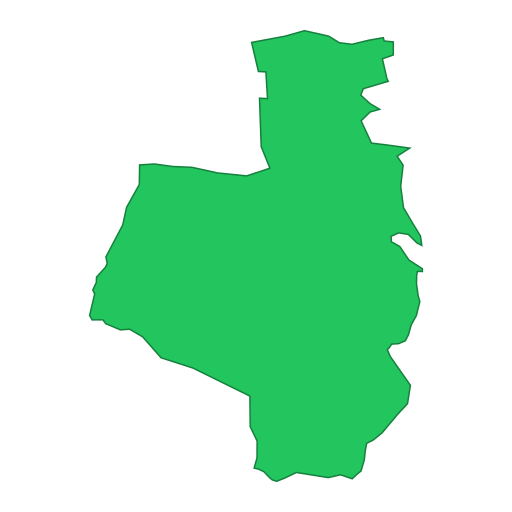 the district of Zaаmin, Jizzakh, Uzbekistan
{"feature_id": "79887680B19323950575966", "entity_name": "Zaаmin", "entity_type": "district", "adm_level": 2, "iso_a3": "UZB", "parent_name": "Uzbekistan", "parent_adm1": "Jizzakh", "projection": "albers", "projection_center": [68.428, 39.88], "detail": "fine", "context": "isolated", "style": "filled", "palette": "green", "viewbox_px": 512, "rotation_deg": 0, "n_neighbors": 0, "source": "geoboundaries", "source_scale": "gbopen_adm2", "svg_char_len": 1449}
<svg xmlns="http://www.w3.org/2000/svg" viewBox="0 0 512 512"><path d="M379.6,109.3L370.0,103.6L364.3,98.4L360.8,95.1L363.3,88.7L388.2,81.3L386.9,78.6L382.4,58.8L393.3,55.0L393.3,41.9L384.2,41.0L383.3,37.7L368.8,40.2L352.0,44.3L339.3,42.7L328.8,36.2L304.5,30.7L284.5,36.3L251.6,42.4L258.4,71.5L265.9,71.9L267.5,98.6L259.5,98.2L261.2,146.6L269.9,168.2L246.6,175.9L217.3,172.9L191.9,167.3L172.7,166.5L154.6,164.0L139.6,164.9L139.3,184.5L126.6,207.3L122.7,225.0L105.9,256.9L107.2,263.5L105.5,267.2L96.5,277.1L96.3,282.5L92.8,290.0L94.7,293.9L89.6,315.4L92.1,319.9L102.8,319.8L105.8,323.7L120.5,329.9L129.6,329.2L142.7,336.9L161.1,357.8L192.8,368.0L249.9,396.1L250.2,426.6L257.1,441.0L257.0,457.9L254.1,468.1L258.4,469.1L263.9,471.7L269.9,478.0L272.3,479.9L276.6,481.3L284.0,478.4L296.4,472.5L328.3,477.6L340.6,474.8L352.2,478.8L356.6,474.6L361.0,471.0L364.3,460.0L365.2,451.4L366.6,443.4L373.4,439.9L382.2,432.7L398.0,413.9L407.5,403.7L410.4,385.3L390.2,356.4L387.3,349.6L389.2,347.8L391.7,344.1L398.5,343.7L405.3,340.8L408.5,334.7L411.2,324.9L416.3,315.7L417.7,310.2L419.8,301.6L418.1,295.4L416.5,283.7L416.7,275.1L417.4,271.4L422.4,271.5L422.4,268.8L408.9,260.0L399.8,246.5L391.4,241.8L391.1,236.3L398.8,232.9L408.3,234.4L417.0,243.0L421.8,245.4L420.5,236.1L412.0,222.1L403.5,207.6L400.7,186.3L403.1,165.2L397.1,156.2L409.7,148.1L385.8,144.8L371.5,143.1L361.1,120.8L370.1,112.0L379.6,109.3Z" fill="#22c55e" stroke="#15803d" stroke-width="1.5"/></svg>